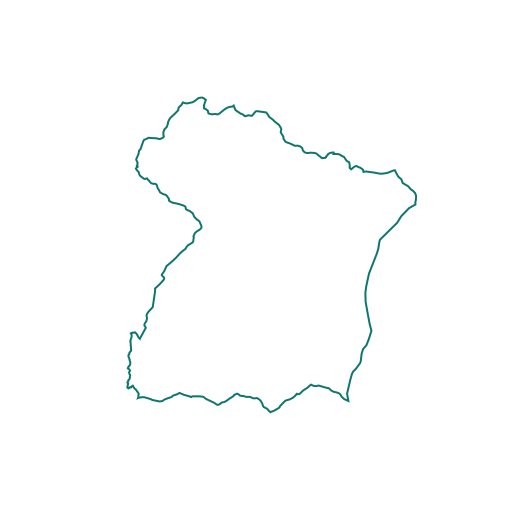 Sucevita, Suceava, Romania (Natural Earth projection), rotated 156°
{"feature_id": "2599482B88987982170225", "entity_name": "Sucevita", "entity_type": "district", "adm_level": 2, "iso_a3": "ROU", "parent_name": "Romania", "parent_adm1": "Suceava", "projection": "natural_earth1", "projection_center": [25.699, 47.77], "detail": "fine", "context": "isolated", "style": "outline", "palette": "teal", "viewbox_px": 512, "rotation_deg": 156, "n_neighbors": 0, "source": "geoboundaries", "source_scale": "gbopen_adm2", "svg_char_len": 6116}
<svg xmlns="http://www.w3.org/2000/svg" viewBox="0 0 512 512"><g transform="rotate(156 256 256)"><path d="M328.9,385.4L330.2,384.7L329.9,382.9L329.0,380.0L329.3,378.9L329.4,377.5L329.2,376.3L326.9,372.1L325.9,371.5L324.8,371.4L324.0,371.2L323.7,369.6L323.0,368.2L322.6,366.2L322.2,365.3L321.2,364.2L318.4,362.7L318.1,362.0L317.8,361.1L317.8,360.6L318.1,359.2L318.2,357.7L317.9,356.4L317.8,353.8L317.6,353.0L316.8,351.8L315.6,350.3L313.7,348.6L313.1,347.7L312.3,343.7L312.9,342.2L312.9,341.7L311.1,339.2L309.5,337.9L305.9,335.3L302.1,332.0L300.6,330.2L300.5,329.6L300.7,328.2L301.0,327.5L300.9,327.1L300.2,326.1L299.2,324.9L298.2,324.2L297.4,322.4L296.6,321.2L296.4,320.6L296.4,319.5L296.5,317.0L295.2,313.4L294.4,312.2L293.6,310.6L293.7,305.7L294.0,304.5L295.0,303.6L297.1,302.9L300.4,302.5L302.7,301.6L305.2,299.3L305.2,298.3L305.9,297.4L307.3,295.0L308.6,294.1L314.0,293.4L315.7,292.5L317.7,291.1L319.0,290.9L323.7,289.6L330.6,286.6L336.7,284.6L341.8,283.2L346.0,279.5L349.5,277.4L349.9,276.7L348.8,273.6L349.3,272.3L350.2,271.7L355.7,269.3L361.4,267.4L362.5,264.9L371.1,251.3L376.9,248.8L379.4,247.2L380.2,246.2L380.9,243.3L381.9,242.1L382.5,241.2L384.6,239.9L385.8,238.9L386.2,237.7L385.9,236.1L385.9,235.2L395.7,227.7L395.8,227.6L396.4,229.2L396.7,233.1L397.0,234.1L397.6,235.5L399.6,235.8L399.8,236.2L401.8,236.2L401.7,235.5L401.8,234.4L402.1,233.5L402.5,232.8L405.5,229.4L405.4,229.0L406.8,225.2L407.0,224.4L408.2,221.2L408.8,220.2L409.4,219.8L410.6,219.4L411.2,218.9L411.6,217.8L412.8,217.4L413.3,216.1L413.5,215.4L413.3,214.5L413.7,213.0L413.6,212.4L414.0,211.6L414.1,210.0L414.7,208.6L415.1,208.1L416.2,207.2L416.9,207.1L417.3,206.7L417.8,206.5L418.0,206.2L418.5,205.9L418.7,205.7L418.8,205.4L417.9,204.2L417.7,203.1L417.8,202.4L419.1,201.6L419.4,201.0L419.6,199.6L419.4,198.7L419.4,198.3L419.7,197.8L421.4,195.3L421.9,194.8L422.8,194.6L423.2,194.4L423.6,193.6L424.8,192.9L425.0,192.6L424.6,191.6L426.9,188.5L426.9,187.8L426.4,186.9L426.2,186.8L425.9,186.9L425.5,187.2L424.5,187.0L424.2,187.3L424.1,187.2L423.6,186.8L423.4,186.8L422.7,187.4L422.0,187.4L421.4,187.7L421.2,187.6L421.2,187.3L421.5,187.0L421.3,186.8L420.8,184.1L420.2,183.3L419.2,178.5L419.3,177.5L420.4,176.3L420.5,175.2L421.6,174.2L420.5,174.1L418.0,173.5L416.2,172.8L415.1,172.1L410.3,168.0L409.6,167.0L408.8,166.3L403.2,162.3L400.5,161.6L397.9,162.1L394.3,161.9L391.2,161.6L390.3,161.6L388.6,162.2L384.9,161.8L381.6,162.0L378.2,158.4L373.6,154.6L372.9,153.7L372.4,153.5L371.3,153.7L365.8,151.3L361.9,149.2L361.3,148.6L360.4,146.8L359.4,145.3L353.9,138.9L352.3,136.2L351.3,135.5L350.6,135.4L349.2,135.4L348.3,135.6L347.6,136.0L347.1,136.0L346.3,136.0L344.6,135.5L342.4,135.6L338.3,136.5L334.0,137.1L333.5,137.2L332.9,137.8L332.4,137.9L329.2,137.9L328.5,137.2L327.2,134.8L326.1,134.0L324.3,133.1L322.8,131.7L322.4,131.4L319.3,130.0L318.6,129.6L317.0,127.7L315.7,126.7L312.8,125.8L311.2,123.3L310.6,121.5L310.3,118.6L310.6,116.0L310.3,114.8L308.4,112.5L307.6,111.0L307.3,109.4L306.7,108.4L306.4,107.5L302.5,107.3L297.7,107.8L296.2,108.1L295.1,109.1L288.3,111.8L287.0,111.8L283.5,111.3L280.1,111.5L277.5,112.2L274.7,113.5L274.1,112.7L272.6,112.3L272.1,112.3L267.8,113.9L264.1,114.5L261.9,114.9L260.1,115.6L258.1,116.1L257.3,115.1L255.5,113.4L253.7,112.6L252.4,112.4L251.5,112.2L245.2,106.9L243.5,105.8L243.1,105.2L242.3,103.2L241.1,101.3L239.9,100.1L237.6,98.4L236.0,96.7L235.5,96.0L235.3,95.3L235.1,93.5L234.8,92.3L233.7,89.5L230.6,86.0L228.8,93.2L220.0,104.8L216.5,109.0L214.6,110.7L210.5,112.4L204.8,115.6L203.2,117.1L199.3,123.7L196.1,127.4L191.5,129.5L186.6,134.3L181.0,140.7L179.8,147.7L177.4,157.9L174.5,169.5L171.1,177.8L167.6,183.5L159.9,194.0L144.7,209.0L141.3,212.9L137.6,218.7L136.0,220.5L113.6,228.9L107.1,233.3L96.6,237.5L89.4,238.2L88.6,240.3L87.4,241.8L86.2,243.9L85.2,246.1L85.1,249.0L86.3,252.2L87.4,253.8L88.6,257.8L92.3,263.0L92.0,267.1L93.1,269.1L93.8,270.9L94.2,275.5L94.2,277.8L95.5,278.2L101.4,278.4L103.6,278.8L107.6,280.0L109.1,280.7L111.5,282.3L112.2,282.7L113.4,283.7L114.5,284.4L116.6,285.6L118.4,286.8L120.1,287.8L120.9,288.4L123.6,289.1L123.2,291.3L123.5,292.0L123.9,292.7L125.2,294.7L125.8,295.1L126.5,295.8L127.3,297.1L127.7,297.4L129.9,297.6L133.8,296.5L134.6,298.4L133.6,300.3L133.0,302.5L132.8,303.7L133.2,304.4L133.9,305.1L134.5,306.1L135.4,310.9L137.2,312.8L137.5,313.6L138.8,315.2L142.7,317.3L143.8,317.7L143.0,318.9L143.8,319.3L144.8,319.7L146.7,320.0L149.0,319.7L149.5,319.1L150.2,318.8L151.1,318.6L151.8,318.0L151.9,317.7L152.8,317.5L155.1,318.3L155.7,318.4L156.3,319.1L157.1,321.0L158.1,322.6L158.6,324.0L159.3,325.2L160.7,326.4L161.2,326.7L162.0,327.0L163.2,327.7L164.8,328.4L166.5,328.8L167.8,329.5L168.9,330.4L169.6,331.4L170.2,333.3L170.2,333.9L170.0,334.8L169.9,335.8L170.1,336.4L171.1,338.2L173.1,339.9L175.6,340.8L179.2,345.0L181.0,346.6L181.9,347.7L182.4,348.1L182.6,348.4L182.9,350.5L183.2,351.4L183.1,352.3L182.6,353.3L182.5,354.1L183.1,358.6L182.9,359.4L181.3,361.5L181.2,362.5L181.6,366.2L184.4,371.6L185.1,373.6L187.4,377.7L187.6,380.1L188.0,382.0L188.5,383.2L189.6,383.8L196.1,387.9L197.3,388.2L197.5,388.2L202.8,385.7L205.8,387.7L208.1,387.9L209.0,388.1L209.5,388.5L209.9,389.7L211.2,391.6L212.1,392.2L212.8,393.4L215.3,397.5L215.4,398.4L215.2,402.5L216.6,402.1L219.8,403.0L221.1,403.1L223.1,403.1L226.4,402.4L231.5,401.0L233.3,400.9L235.6,402.4L238.1,403.1L239.7,404.1L241.3,405.5L241.4,406.2L240.9,408.2L241.7,409.8L242.2,410.6L242.9,411.6L243.4,411.9L243.4,412.4L242.4,413.9L242.5,414.5L239.9,417.4L238.3,419.0L239.7,421.6L240.3,422.3L241.9,423.1L244.0,423.6L244.8,423.6L247.7,422.8L250.5,422.3L251.9,422.3L252.9,422.6L256.8,423.4L258.3,424.2L260.3,426.0L262.9,424.2L265.3,423.5L266.7,422.6L267.1,421.8L267.8,420.8L273.0,418.7L277.9,417.1L280.1,415.7L281.5,414.4L283.5,411.7L285.2,410.1L288.2,408.9L290.3,406.7L291.5,403.8L291.6,402.6L293.0,401.9L295.8,401.9L297.0,402.3L298.7,403.8L303.6,406.3L306.0,407.7L309.2,407.5L310.8,407.7L312.2,406.8L317.8,400.8L320.0,399.7L321.9,396.9L326.0,393.2L326.3,392.4L326.2,389.4L326.8,388.6L327.0,387.9L327.3,387.4L327.8,387.2L328.4,386.7L328.4,386.2L327.8,385.8L327.8,385.6L328.9,385.4Z" fill="none" stroke="#0f766e" stroke-width="2"/></g></svg>